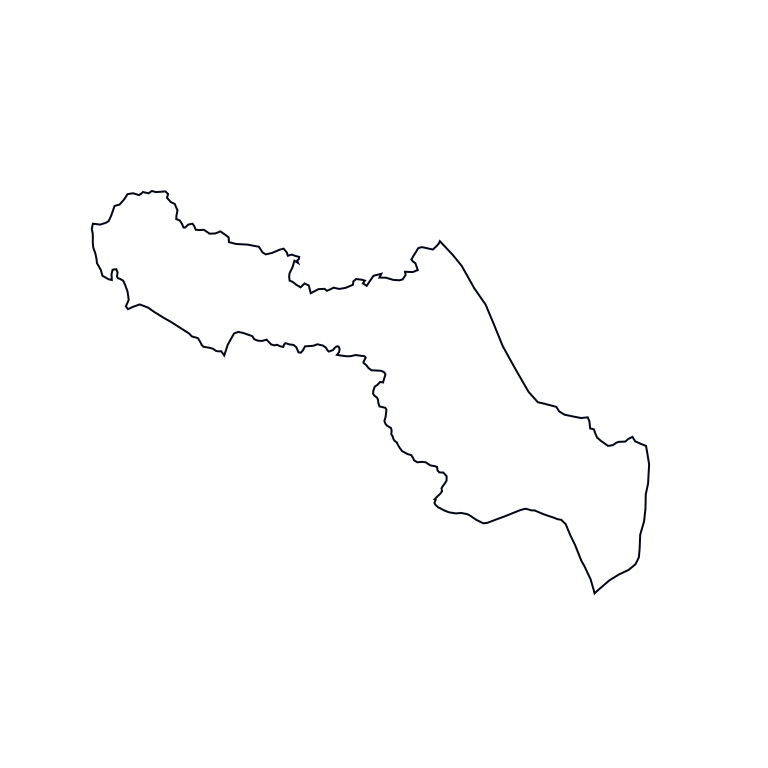 Seekon, Sinoe, Liberia, rotated 67°
{"feature_id": "62588387B87591253137556", "entity_name": "Seekon", "entity_type": "district", "adm_level": 2, "iso_a3": "LBR", "parent_name": "Liberia", "parent_adm1": "Sinoe", "projection": "mercator", "projection_center": [-8.669, 5.635], "detail": "fine", "context": "isolated", "style": "outline", "palette": "ink", "viewbox_px": 768, "rotation_deg": 67, "n_neighbors": 0, "source": "geoboundaries", "source_scale": "gbopen_adm2", "svg_char_len": 4737}
<svg xmlns="http://www.w3.org/2000/svg" viewBox="0 0 768 768"><g transform="rotate(67 384 384)"><path d="M551.2,168.8L546.4,167.7L543.4,167.0L539.2,171.2L537.0,173.2L534.9,175.2L533.2,175.4L529.7,176.0L530.1,180.8L530.9,183.3L531.3,184.4L530.1,187.5L528.9,190.8L528.9,193.6L529.7,197.2L528.5,202.0L525.7,203.7L521.5,206.3L516.5,208.8L511.4,208.8L508.8,208.5L507.8,208.5L505.4,211.6L498.6,209.5L495.2,209.5L494.3,209.5L492.3,215.9L490.1,219.2L488.3,221.9L482.7,229.9L477.6,233.5L472.4,234.3L467.6,240.5L465.7,243.0L465.2,243.5L464.3,244.8L460.9,249.5L447.7,254.0L424.0,256.9L418.7,257.5L395.6,259.9L374.9,259.6L372.4,259.5L355.3,259.5L354.3,259.4L350.3,259.5L331.2,263.5L326.5,264.0L305.8,266.3L291.9,270.3L289.4,271.2L287.6,271.9L274.3,276.8L276.2,278.8L277.7,282.0L279.3,286.5L276.0,291.1L272.8,295.6L272.3,299.4L275.7,304.0L277.7,307.0L280.2,310.2L282.5,309.5L285.2,307.9L292.3,308.4L292.2,313.8L288.9,320.8L292.1,321.5L295.0,326.0L294.6,329.2L291.8,334.8L287.3,340.2L287.0,340.5L284.3,346.6L281.5,343.4L280.3,351.4L283.3,356.2L286.9,361.6L283.1,364.1L281.4,361.2L279.4,363.6L276.5,368.6L277.6,372.2L280.6,373.8L280.5,375.4L280.5,381.9L280.0,383.9L279.0,388.1L275.6,392.8L275.9,396.6L275.9,400.2L273.2,401.5L271.1,407.2L271.8,416.0L269.3,415.6L264.0,414.7L260.4,417.8L262.4,423.0L258.3,426.0L254.3,428.2L251.9,430.5L247.9,429.3L245.1,427.6L240.6,422.4L235.5,418.3L239.0,415.8L236.5,415.8L235.8,413.7L233.9,412.4L231.4,415.6L228.9,418.3L228.4,422.4L224.8,422.1L220.2,423.5L219.6,427.6L219.6,435.9L218.5,442.2L215.4,444.4L208.8,445.5L202.4,455.1L197.3,465.5L192.8,471.3L188.2,469.7L183.2,472.7L179.6,475.0L179.5,480.4L177.5,485.8L171.7,489.5L170.3,493.5L168.5,497.0L164.2,497.0L161.6,497.7L160.8,501.8L162.3,506.1L161.6,507.4L157.6,507.4L153.7,508.1L151.0,510.8L147.8,509.2L143.6,506.3L136.4,506.3L133.2,509.2L127.7,511.0L124.9,508.5L122.4,509.5L121.3,509.9L118.3,518.9L115.6,522.3L116.5,526.2L113.1,530.9L114.0,533.5L114.4,535.7L110.4,540.4L109.0,545.9L112.4,550.8L115.5,557.3L114.8,562.4L122.6,569.5L126.1,573.4L126.6,574.0L126.9,577.0L126.4,582.9L122.7,589.3L127.1,592.4L132.2,593.5L135.5,594.8L139.7,596.7L144.7,598.3L151.3,598.7L156.6,599.8L160.6,601.0L162.9,600.7L168.6,600.1L174.4,600.9L176.3,599.4L180.0,596.6L181.9,593.9L176.4,591.9L172.8,589.2L173.7,585.6L177.1,585.6L180.7,587.8L182.6,587.6L184.1,585.9L187.0,583.7L190.9,583.6L198.4,583.9L206.8,586.1L211.7,591.3L212.3,591.1L215.1,590.4L214.9,585.0L215.3,577.8L221.4,571.4L227.8,567.4L237.2,560.8L243.0,556.3L248.2,552.7L258.7,545.5L261.3,543.7L265.1,542.3L269.0,537.4L273.6,536.7L277.0,536.5L279.1,535.7L282.9,529.9L284.8,527.6L287.7,525.8L289.1,524.0L290.2,521.1L293.2,520.4L295.3,519.9L292.9,517.8L287.0,512.7L282.9,507.5L278.9,502.3L279.1,497.8L281.9,493.8L288.5,486.5L292.0,486.0L295.0,483.0L296.7,479.4L297.3,474.8L300.3,473.6L303.5,472.4L305.5,470.0L306.1,467.1L308.7,464.9L310.5,462.2L308.6,460.5L307.9,458.7L310.6,455.6L312.7,452.0L316.0,450.3L321.4,450.4L322.7,448.3L321.4,445.6L318.5,442.0L321.2,434.1L321.4,429.8L324.6,425.4L327.7,423.3L331.0,422.9L332.6,422.1L332.8,417.7L331.4,415.1L330.9,412.7L331.7,411.2L334.3,411.1L337.1,412.9L338.8,415.9L340.7,413.0L343.8,407.7L345.3,404.1L346.2,399.0L348.2,395.5L350.8,391.1L352.7,390.6L355.4,394.0L356.5,394.6L359.8,392.9L363.1,392.1L366.5,390.1L368.3,386.4L370.7,381.5L373.3,379.2L375.7,378.9L382.2,384.3L381.3,385.7L380.6,386.8L382.3,390.6L382.8,393.5L385.9,396.4L388.6,397.8L390.7,397.5L394.0,395.7L396.2,395.7L399.7,396.7L402.9,396.9L406.4,392.1L408.6,391.8L414.8,395.3L416.0,396.3L418.2,398.1L421.5,398.2L423.5,397.5L427.2,394.8L429.7,395.1L433.0,396.9L435.6,396.5L438.5,396.8L440.4,396.5L442.7,395.1L446.1,394.9L448.9,394.5L452.8,393.6L457.6,389.8L460.1,386.7L463.9,386.1L465.9,386.2L469.1,383.9L470.6,379.2L472.4,376.1L476.6,373.5L477.7,372.2L479.4,369.4L481.2,367.6L484.3,368.5L487.0,367.6L488.7,364.0L493.3,362.4L497.3,364.1L499.1,366.5L501.0,369.9L502.6,371.9L505.3,372.4L507.0,375.0L508.3,378.8L509.9,382.5L510.9,381.7L513.0,384.0L515.1,383.9L518.6,382.4L520.4,380.8L523.8,378.1L527.6,374.2L531.2,368.4L532.3,365.1L532.7,363.6L536.4,358.1L538.9,356.1L545.0,352.2L551.1,347.0L552.2,342.9L552.5,335.2L552.5,334.7L553.0,324.5L553.3,309.1L553.3,308.4L553.9,303.2L554.6,301.7L557.9,297.7L559.2,294.8L566.6,287.6L573.7,279.6L574.9,278.4L576.0,277.4L578.3,273.9L581.7,272.5L583.9,271.5L596.0,271.6L607.2,271.0L614.2,271.2L624.1,271.4L629.6,270.7L638.3,270.4L644.1,270.1L655.3,271.4L657.9,271.8L659.0,272.0L657.3,267.3L652.8,253.3L651.1,241.9L650.7,231.5L648.7,224.7L648.3,223.1L647.8,222.6L646.1,220.5L643.8,217.9L643.1,217.1L639.7,215.3L634.8,212.7L622.9,207.1L612.1,198.3L601.4,192.3L600.4,191.8L587.9,186.2L578.8,179.8L570.8,175.9L561.7,171.4L551.2,168.8Z" fill="none" stroke="#020617" stroke-width="2"/></g></svg>